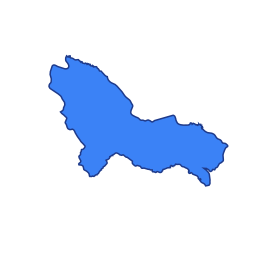 an SVG outline of Malanje, rotated 317°
{"feature_id": "AGO-1876", "entity_name": "Malanje", "entity_type": "Province", "adm_level": 1, "iso_a3": "AGO", "parent_name": "Angola", "parent_adm1": "", "projection": "equal_earth", "projection_center": [17.064, -9.524], "detail": "fine", "context": "isolated", "style": "filled", "palette": "blue", "viewbox_px": 256, "rotation_deg": 317, "n_neighbors": 0, "source": "natural_earth", "source_scale": "10m", "svg_char_len": 5889}
<svg xmlns="http://www.w3.org/2000/svg" viewBox="0 0 256 256"><g transform="rotate(317 128 128)"><path d="M132.2,33.4L132.2,34.4L132.4,35.0L132.8,35.4L133.1,34.8L133.3,34.7L133.7,35.1L134.4,35.4L134.7,35.6L134.9,35.9L134.7,36.2L133.9,36.6L133.7,37.1L133.8,37.5L134.6,38.5L135.1,39.5L135.6,41.6L136.1,42.5L137.7,43.6L138.4,44.3L138.2,45.1L138.4,45.8L138.4,46.9L138.4,47.6L138.9,47.3L139.1,47.7L138.9,47.9L139.5,48.2L139.5,48.6L139.1,49.4L139.3,50.0L139.9,50.7L140.2,51.3L141.0,51.5L141.3,51.7L141.3,52.6L141.5,53.0L142.1,53.0L142.1,53.4L141.8,53.7L142.8,54.0L142.9,54.5L142.8,55.0L142.9,55.4L143.4,55.2L143.8,55.7L143.7,56.1L143.4,56.5L143.2,57.1L143.3,57.4L144.3,58.2L144.2,58.6L144.3,59.1L144.8,58.5L145.1,59.9L145.2,60.3L145.6,60.7L146.3,61.2L146.6,61.5L146.7,62.3L146.3,63.5L146.6,64.2L146.5,65.7L146.2,66.2L146.1,66.7L146.3,67.2L147.1,68.0L147.0,73.6L147.2,74.7L147.5,75.8L147.9,76.3L147.4,77.0L146.7,78.4L146.4,79.4L146.3,80.6L146.3,81.8L146.6,83.4L148.2,87.3L148.5,89.8L148.3,97.5L147.6,102.1L147.6,103.0L147.6,104.2L148.2,108.4L148.1,109.9L147.4,112.2L147.0,114.3L146.5,115.1L146.0,115.5L142.1,117.3L141.3,117.9L140.5,118.6L140.0,119.5L139.9,120.6L140.0,121.8L141.1,125.0L142.2,127.3L142.4,128.6L142.5,130.5L142.9,131.3L144.1,132.3L144.6,133.0L144.9,133.8L145.3,134.4L145.6,134.7L147.6,135.5L148.3,136.0L149.1,137.8L149.3,138.8L149.5,139.6L150.1,140.3L151.4,140.6L152.3,140.6L169.4,149.3L169.8,149.6L170.1,150.3L170.2,151.2L169.9,152.3L169.0,154.1L168.5,154.8L168.2,155.6L167.6,157.5L167.5,158.5L167.7,159.6L168.2,160.7L168.9,161.8L170.6,163.8L173.9,166.8L174.7,167.2L175.5,167.5L177.1,166.9L177.9,167.9L177.5,168.9L178.0,168.8L178.6,169.2L179.0,169.2L179.2,169.8L179.6,170.5L179.8,171.9L180.4,172.6L180.6,173.1L180.8,172.8L181.1,173.2L181.4,173.6L182.2,174.0L182.6,173.4L182.6,174.0L182.8,174.5L183.1,174.8L183.5,174.9L183.1,175.5L183.7,176.1L183.4,176.3L183.2,176.6L183.1,176.9L183.3,177.4L182.6,177.6L183.0,178.2L183.0,178.5L182.4,178.9L182.2,178.9L181.8,178.5L181.6,178.8L181.5,179.2L181.8,179.5L181.9,179.8L182.0,182.2L182.2,183.3L182.6,184.6L183.0,185.6L183.6,186.4L185.4,188.6L185.9,189.4L186.3,190.4L186.6,191.5L186.6,192.7L186.2,194.8L186.1,196.0L186.3,197.2L187.3,199.4L187.5,200.6L187.3,201.8L187.0,202.6L187.0,203.5L187.7,204.5L188.5,205.4L188.7,206.0L188.9,206.7L189.0,208.5L188.7,209.2L188.1,209.5L186.7,209.2L185.9,209.2L184.3,209.7L180.8,211.4L179.1,212.5L178.5,213.2L176.2,216.1L175.6,216.7L174.9,217.0L174.1,217.0L172.5,216.9L170.8,216.4L170.0,216.5L166.9,217.5L166.4,217.5L164.7,217.0L164.1,217.2L163.5,217.5L162.9,217.7L162.5,217.3L162.2,216.5L161.8,216.1L161.3,216.1L160.3,216.5L159.0,216.3L158.6,215.9L158.4,215.4L158.4,215.0L158.5,213.4L158.1,212.3L157.8,211.1L157.5,210.7L157.0,210.3L156.0,209.2L156.5,212.1L156.5,215.2L156.2,216.6L155.6,217.7L152.5,222.0L151.7,222.7L150.2,224.4L149.7,224.7L148.2,225.1L145.3,223.3L145.6,222.2L145.7,221.0L145.6,220.5L144.7,218.0L144.6,216.9L144.9,215.9L146.1,215.3L146.3,215.0L146.2,214.3L145.8,214.2L144.9,214.7L145.0,214.1L144.9,213.1L145.0,212.7L145.7,212.1L145.8,211.9L145.8,210.9L145.9,210.6L145.8,209.9L143.9,205.9L144.0,204.5L143.8,203.7L143.5,203.5L142.7,203.6L142.0,203.1L141.8,202.4L142.1,201.6L142.9,200.9L143.1,201.2L143.6,200.7L143.8,200.1L143.8,198.6L143.6,197.7L142.9,196.3L142.5,194.8L141.7,193.7L141.3,193.0L141.2,192.3L141.3,190.7L141.1,190.0L140.5,189.3L138.8,187.9L138.4,187.1L138.2,186.9L136.4,187.3L135.0,186.5L134.6,186.7L134.2,185.1L133.9,184.8L133.3,185.2L132.7,184.9L132.4,185.4L132.0,185.9L131.1,185.3L130.0,184.2L126.5,182.9L125.3,182.2L124.0,182.9L123.4,182.7L122.7,183.1L122.0,183.0L121.3,182.6L120.9,182.2L120.0,180.2L119.6,179.8L119.3,179.6L118.4,179.6L118.0,179.5L117.7,179.0L117.1,177.6L116.6,177.3L116.3,177.1L116.2,176.4L116.3,176.1L117.1,175.2L115.8,173.9L115.4,172.8L114.6,172.0L112.4,168.3L111.6,167.7L110.7,166.9L110.6,166.3L110.8,164.8L110.8,164.3L109.4,161.9L108.8,161.4L107.8,161.2L107.5,160.8L107.2,160.1L107.1,159.4L107.0,157.5L107.2,156.6L107.7,156.1L108.2,155.7L108.6,155.3L107.4,148.7L106.9,148.3L106.6,147.5L106.3,144.7L106.2,144.4L105.9,144.1L104.9,143.8L103.8,142.2L103.6,141.5L103.6,140.6L103.3,139.8L102.7,138.6L102.2,138.1L101.5,137.8L100.2,137.7L99.4,137.6L98.9,137.3L98.4,137.3L98.0,137.7L97.4,137.0L97.1,136.8L96.7,136.8L95.7,137.1L95.1,136.5L94.2,137.2L93.5,137.5L92.9,137.5L91.2,137.1L90.5,136.6L90.3,136.5L89.9,136.6L89.8,136.9L89.7,137.7L89.2,138.9L88.8,139.4L88.3,139.6L85.2,139.9L84.6,139.9L83.9,139.6L83.5,139.5L82.5,140.2L81.9,140.1L81.3,139.9L80.5,139.9L80.4,140.0L80.1,140.5L79.8,140.5L79.1,140.2L76.5,140.6L75.4,141.1L73.9,140.8L73.4,141.1L73.0,140.7L72.3,140.3L71.6,140.2L71.3,140.3L71.2,140.2L70.1,140.2L69.9,140.0L69.3,139.0L68.2,138.6L67.7,137.9L67.1,137.6L67.0,137.0L67.8,135.7L68.3,134.9L68.5,133.7L68.4,132.2L68.2,131.0L67.5,129.0L67.4,128.3L69.1,125.3L68.7,123.5L67.0,121.5L67.4,120.7L67.8,120.6L68.3,120.5L69.7,120.7L71.0,120.0L71.5,118.4L71.9,116.6L72.7,115.3L73.4,115.1L74.9,115.1L75.5,114.8L76.6,113.5L77.8,113.3L79.0,112.2L79.4,112.1L79.7,112.3L80.3,112.8L80.7,112.9L82.0,112.9L83.3,112.6L84.0,112.2L84.3,111.7L84.4,108.8L84.3,106.2L84.4,105.4L84.7,103.8L85.2,99.8L86.1,95.7L86.8,93.7L87.0,92.7L86.9,91.8L86.5,90.9L85.0,90.1L84.3,89.4L83.8,88.3L83.6,87.4L84.0,86.0L85.2,83.5L85.4,82.6L85.5,82.0L85.6,81.4L86.2,80.9L89.5,79.4L90.1,78.7L90.1,77.8L90.0,77.0L89.9,74.6L89.5,72.3L89.6,70.2L91.6,70.6L92.5,70.6L93.5,70.3L94.6,69.3L97.2,68.2L97.7,67.8L99.1,65.9L99.7,62.0L100.5,59.6L100.6,58.7L100.5,57.6L100.2,55.4L98.2,46.9L98.0,45.8L98.2,44.7L98.6,43.7L99.7,42.8L100.7,42.4L102.4,42.2L103.3,41.8L105.4,39.8L107.5,35.8L109.7,33.8L114.8,31.0L115.5,30.9L116.0,31.0L116.7,31.3L117.3,32.0L117.8,33.0L118.5,35.1L121.8,41.0L122.4,41.9L123.2,42.6L123.9,43.0L124.6,43.2L125.4,43.2L126.1,43.0L126.8,42.5L127.5,41.5L127.9,40.2L128.1,39.2L128.3,36.8L128.7,35.9L129.1,35.4L130.3,34.2L132.2,33.4Z" fill="#3b82f6" stroke="#1e3a8a" stroke-width="1.5"/></g></svg>